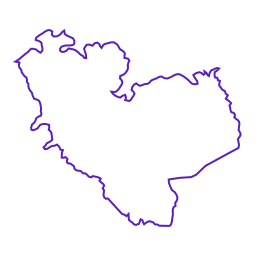 the district of Correia Pinto, Santa Catarina, Brazil
{"feature_id": "56859067B60834920358023", "entity_name": "Correia Pinto", "entity_type": "district", "adm_level": 2, "iso_a3": "BRA", "parent_name": "Brazil", "parent_adm1": "Santa Catarina", "projection": "mercator", "projection_center": [-50.399, -27.603], "detail": "fine", "context": "isolated", "style": "outline", "palette": "violet", "viewbox_px": 256, "rotation_deg": 0, "n_neighbors": 0, "source": "geoboundaries", "source_scale": "gbopen_adm2", "svg_char_len": 4047}
<svg xmlns="http://www.w3.org/2000/svg" viewBox="0 0 256 256"><path d="M64.2,30.6L62.4,31.8L61.1,33.5L59.5,35.0L56.9,36.3L53.6,36.5L51.8,34.6L52.4,31.6L50.3,30.3L48.1,30.1L45.5,31.3L43.3,32.9L41.5,34.0L39.5,35.2L37.4,36.7L36.0,38.0L35.7,40.0L39.1,41.1L41.4,42.6L41.8,45.7L42.4,48.2L42.4,50.6L40.5,52.7L37.8,51.1L36.1,49.5L33.3,48.8L31.0,48.8L29.6,50.2L27.7,52.2L25.5,53.8L23.4,55.6L21.8,56.8L20.3,58.3L17.8,60.1L15.4,61.6L17.7,62.0L19.5,62.5L18.9,64.9L19.3,67.3L21.2,69.9L21.8,72.4L23.2,74.4L24.7,76.4L26.3,77.3L27.0,79.6L26.9,81.9L28.3,83.7L28.4,86.3L28.9,88.4L30.0,90.4L31.9,92.8L32.8,96.1L34.2,98.8L36.8,99.5L38.8,100.6L39.8,102.3L40.6,105.1L41.0,108.7L40.8,111.3L41.4,113.5L41.0,115.6L38.3,116.6L36.3,118.3L35.2,121.2L33.9,123.0L32.0,124.6L31.1,127.8L31.5,129.8L33.3,130.2L35.3,129.5L37.6,128.3L39.1,126.2L40.3,124.8L42.6,124.1L45.1,123.9L49.1,124.9L49.2,127.7L48.7,129.7L50.1,130.9L51.4,132.8L51.8,136.1L52.3,139.6L51.0,140.9L49.0,142.2L46.9,143.2L45.5,145.4L43.6,147.4L44.8,149.1L47.3,148.8L49.8,147.2L52.2,145.9L54.4,145.8L57.0,144.6L59.3,146.8L60.4,149.6L62.9,150.1L61.9,152.5L61.8,155.0L61.7,157.6L63.8,157.7L65.6,157.1L67.5,159.1L66.8,161.4L67.5,163.2L70.1,163.5L71.8,164.6L73.9,166.1L74.6,169.0L76.5,170.4L78.4,170.7L80.7,171.0L83.0,173.3L85.2,173.3L87.0,174.6L88.7,176.6L91.2,177.4L92.8,176.1L95.3,176.6L97.9,177.2L100.7,178.6L99.5,180.7L101.1,182.4L103.1,183.8L104.2,185.5L102.7,188.3L104.1,190.5L103.7,193.3L103.5,195.3L104.2,197.2L105.9,198.8L107.8,198.4L121.9,213.8L124.8,214.9L126.4,216.1L128.5,214.0L128.7,217.5L129.0,220.0L130.8,221.5L132.7,222.9L134.2,224.5L136.1,224.9L139.0,223.7L139.9,221.1L140.6,219.3L142.4,220.2L143.0,222.2L144.1,224.3L146.9,222.1L149.4,221.2L151.2,221.7L153.1,222.3L154.9,224.3L157.7,224.6L159.3,225.7L169.7,225.9L171.1,224.3L172.0,221.0L172.3,218.3L172.9,214.8L172.7,211.6L172.9,209.1L173.6,207.2L175.5,205.9L175.2,202.9L176.4,201.3L177.3,199.2L177.3,197.1L176.5,194.9L174.8,192.2L173.4,191.2L171.9,190.0L170.8,187.8L169.9,185.5L169.0,183.1L168.7,179.5L180.0,177.8L191.2,177.1L196.2,174.7L205.6,165.8L232.5,151.1L238.4,148.0L239.0,145.2L238.6,142.6L237.9,139.3L239.6,136.7L240.6,134.8L240.2,132.8L238.6,130.1L239.1,126.4L239.4,124.0L239.1,121.7L237.9,120.2L236.2,119.0L234.3,117.3L235.1,115.2L233.8,112.9L231.3,112.2L230.4,109.9L230.2,107.6L229.5,105.6L231.1,103.1L228.3,100.5L225.8,98.8L226.9,97.0L227.8,95.2L225.7,93.6L224.9,91.1L222.4,89.8L220.6,87.3L219.2,85.4L219.4,83.2L219.9,80.8L217.9,80.2L217.3,77.8L215.1,77.5L214.5,75.1L214.8,72.0L217.3,70.4L219.0,68.5L216.9,68.0L214.7,68.8L213.0,69.7L211.2,70.4L209.7,72.8L209.0,76.0L207.5,75.0L206.5,72.9L204.5,71.4L204.9,73.7L203.4,74.8L201.4,72.9L199.2,72.2L195.8,73.3L193.3,75.1L194.5,77.1L196.0,79.5L197.2,81.3L197.6,83.7L194.5,84.3L191.9,83.6L189.8,81.6L187.6,79.4L185.6,77.9L183.7,76.5L182.0,75.5L180.4,74.7L178.6,74.1L176.7,74.3L174.4,75.1L172.2,76.4L169.9,77.5L167.3,78.5L164.5,78.2L161.6,76.5L159.0,76.9L156.8,78.3L154.7,79.0L152.7,79.8L151.1,80.6L149.5,82.6L147.6,83.8L144.7,84.1L142.2,85.1L139.9,85.8L137.9,84.7L136.2,83.4L133.9,84.8L132.2,87.2L131.6,90.1L133.4,91.7L134.5,93.6L133.5,95.8L131.9,98.1L130.9,99.8L129.2,101.0L127.3,100.5L125.2,100.1L126.0,97.6L125.2,94.9L122.5,95.8L120.2,97.6L118.0,97.0L115.7,95.9L112.9,93.8L111.4,91.7L114.3,92.0L116.1,91.6L118.5,89.4L120.4,86.6L121.8,84.3L122.4,82.3L121.7,80.4L120.0,78.4L120.3,75.8L122.1,75.3L124.3,74.1L125.6,72.8L127.3,70.3L128.0,68.1L127.8,64.7L128.5,62.4L129.4,60.7L127.9,58.6L124.5,58.0L124.5,55.7L124.9,53.5L123.6,51.6L122.0,50.4L120.4,49.6L119.2,47.9L117.8,45.3L116.5,44.0L114.0,42.3L110.6,42.4L107.3,43.4L104.8,43.9L103.1,45.2L101.6,47.9L100.2,46.4L99.5,44.3L97.3,42.6L94.6,43.3L92.6,45.7L89.6,44.6L86.6,44.8L85.2,46.8L84.1,48.5L84.6,50.6L85.8,54.0L86.2,58.1L84.3,58.0L82.8,55.9L80.7,54.8L78.7,52.8L76.8,51.2L75.0,50.0L72.9,49.3L70.9,48.9L68.5,48.5L66.4,50.8L64.6,51.6L62.3,52.0L60.2,50.8L60.1,48.6L61.7,46.6L64.6,45.7L66.6,45.4L68.8,45.5L70.9,45.4L72.7,45.0L74.2,44.0L74.4,41.1L73.1,38.4L70.6,37.2L67.2,35.7L64.8,34.1L64.2,30.6Z" fill="none" stroke="#5b21b6" stroke-width="2"/></svg>